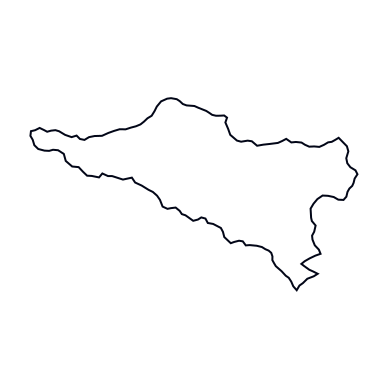 the district of Floreal, São Paulo, Brazil, rotated 273°
{"feature_id": "56859067B4851192161748", "entity_name": "Floreal", "entity_type": "district", "adm_level": 2, "iso_a3": "BRA", "parent_name": "Brazil", "parent_adm1": "São Paulo", "projection": "orthographic", "projection_center": [-50.158, -20.647], "detail": "fine", "context": "isolated", "style": "outline", "palette": "ink", "viewbox_px": 384, "rotation_deg": 273, "n_neighbors": 0, "source": "geoboundaries", "source_scale": "gbopen_adm2", "svg_char_len": 2268}
<svg xmlns="http://www.w3.org/2000/svg" viewBox="0 0 384 384"><g transform="rotate(273 192 192)"><path d="M248.0,36.5L245.5,32.1L244.3,28.0L239.6,27.7L235.8,30.2L230.5,32.1L226.9,36.2L225.6,42.5L225.6,47.2L226.9,51.0L226.7,56.1L223.3,62.0L216.4,64.3L211.2,71.0L210.9,77.5L206.5,82.1L202.8,86.4L202.8,91.0L201.7,98.4L205.8,101.5L203.5,107.3L203.7,111.5L200.8,122.4L203.2,131.2L198.5,134.7L195.8,141.4L191.9,148.5L190.0,152.9L186.5,157.3L182.5,160.4L175.9,163.4L173.9,168.4L174.8,171.9L175.6,176.5L172.5,180.7L169.4,183.0L168.4,186.7L166.5,189.7L163.3,194.7L164.8,199.4L167.1,202.6L166.2,206.8L161.9,209.4L161.2,214.8L157.6,222.7L153.8,225.0L148.7,226.6L146.3,229.4L142.9,233.4L144.3,236.7L145.8,241.5L145.4,245.3L141.5,248.5L142.0,252.4L141.7,259.5L140.7,264.7L138.7,268.3L137.5,271.6L135.4,274.3L131.9,275.7L128.2,275.8L125.3,277.6L122.3,279.6L117.6,285.6L113.3,290.0L111.4,293.1L107.7,295.8L103.1,298.1L99.4,301.7L104.2,304.2L106.8,307.5L111.4,311.7L114.2,318.0L116.9,321.8L118.9,317.3L120.5,313.2L123.9,307.9L125.9,305.0L128.8,308.2L131.9,313.0L134.9,318.5L137.0,323.6L141.1,321.7L145.2,317.4L150.8,314.8L154.7,314.2L158.7,316.1L165.0,317.2L169.3,313.2L172.5,312.3L181.6,311.3L186.7,314.0L191.5,317.6L195.3,322.6L195.3,328.0L194.4,333.8L192.0,338.5L192.0,343.7L195.4,346.4L200.3,347.3L203.7,349.0L206.5,351.7L209.6,352.9L213.9,353.7L218.4,356.3L222.2,354.1L225.0,348.9L228.8,345.6L233.8,344.3L240.8,346.0L245.8,344.3L253.8,335.6L251.6,332.4L249.4,328.9L248.7,325.3L246.0,321.3L243.7,316.8L243.9,311.7L243.4,306.7L245.1,302.3L247.1,298.8L247.4,293.1L246.7,288.6L250.0,283.3L247.6,279.3L245.5,275.2L244.1,267.4L243.0,260.7L241.6,254.6L245.8,249.1L246.2,244.9L244.8,238.4L245.7,234.2L251.1,227.2L256.9,224.8L263.2,221.7L268.1,223.1L270.1,220.1L269.7,216.4L269.4,212.0L270.1,208.1L272.0,205.0L273.7,202.0L276.5,193.8L278.0,189.9L278.2,182.0L279.4,178.2L282.1,175.0L283.9,171.9L284.6,166.2L283.9,162.3L280.9,156.4L275.5,152.4L270.7,150.3L266.0,147.7L263.3,143.7L259.7,140.3L256.8,137.0L254.7,132.6L253.1,127.6L251.1,122.4L250.9,116.5L248.9,110.9L246.6,105.4L243.4,99.2L242.8,91.8L241.4,86.3L238.4,81.9L239.1,77.3L242.3,73.8L240.5,68.9L242.4,62.3L245.7,56.1L246.6,52.4L245.9,48.1L244.6,44.2L246.1,41.0L248.0,36.5Z" fill="none" stroke="#020617" stroke-width="2"/></g></svg>